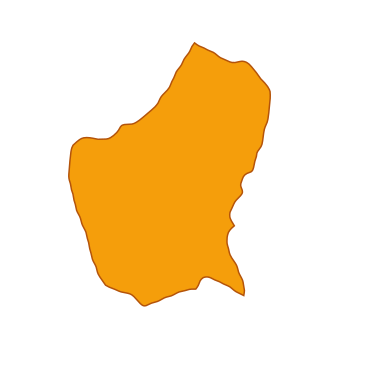 the district of Cristobal, Independencia, Dominican Republic, rotated 50°
{"feature_id": "3306468B18266835565764", "entity_name": "Cristobal", "entity_type": "district", "adm_level": 2, "iso_a3": "DOM", "parent_name": "Dominican Republic", "parent_adm1": "Independencia", "projection": "mercator", "projection_center": [-71.278, 18.34], "detail": "fine", "context": "isolated", "style": "filled", "palette": "amber", "viewbox_px": 384, "rotation_deg": 50, "n_neighbors": 0, "source": "geoboundaries", "source_scale": "gbopen_adm2", "svg_char_len": 2715}
<svg xmlns="http://www.w3.org/2000/svg" viewBox="0 0 384 384"><g transform="rotate(50 192 192)"><path d="M79.4,94.2L80.5,98.5L82.7,103.1L83.4,105.1L84.6,110.6L85.2,112.7L87.8,118.3L88.4,120.4L89.3,124.8L89.9,126.9L92.8,132.4L94.5,136.5L96.4,140.1L97.3,142.0L98.1,145.3L98.8,152.1L99.2,154.3L99.9,156.3L102.1,161.0L102.6,163.2L103.0,165.6L103.2,170.4L103.3,181.4L103.2,186.3L102.8,189.9L102.3,192.2L101.4,194.3L96.9,200.4L96.1,202.2L95.9,203.2L96.1,204.9L97.4,208.4L98.1,211.5L98.3,216.0L98.0,219.4L97.4,221.6L96.3,223.7L91.2,230.1L87.2,233.3L84.8,235.4L82.6,237.7L80.8,240.3L80.0,242.3L79.6,244.6L79.5,247.9L79.7,253.0L80.9,255.6L82.1,257.3L83.5,259.0L89.6,265.4L99.1,274.8L100.8,276.3L102.5,277.5L104.2,278.4L107.5,279.8L112.9,282.9L117.0,284.5L122.4,287.6L126.4,289.3L131.9,292.2L134.0,292.8L138.4,293.7L140.5,294.4L145.2,296.6L147.2,297.3L152.6,298.5L154.7,299.1L160.3,302.0L164.3,303.7L169.7,306.8L173.7,308.6L179.3,311.4L181.4,312.1L185.7,313.0L187.8,313.6L192.5,315.9L194.5,316.6L197.9,317.2L207.8,318.1L211.6,316.6L217.1,313.6L221.0,311.7L223.0,310.5L228.4,306.2L230.4,304.9L231.4,304.5L232.6,304.1L234.9,303.7L244.4,303.3L246.5,302.9L247.5,302.5L248.4,301.9L249.0,301.1L249.5,300.3L251.1,294.5L253.6,288.9L254.2,286.8L255.3,281.3L256.0,279.3L258.2,274.7L258.8,272.5L259.7,268.2L260.3,266.1L263.1,260.6L264.9,256.6L266.1,254.8L268.8,251.5L268.3,249.4L267.6,247.3L265.3,242.9L264.8,240.9L264.8,238.7L265.1,237.6L266.1,235.8L267.5,234.3L269.1,233.2L270.1,232.7L273.9,231.1L278.5,228.6L282.6,227.0L287.2,224.7L289.2,223.9L294.7,222.9L296.8,222.3L304.6,218.9L302.5,216.5L301.1,215.1L294.0,210.9L292.1,210.0L289.9,209.4L285.6,208.5L283.5,207.9L278.8,205.7L276.7,205.0L274.5,204.6L267.8,203.9L264.5,203.2L262.5,202.4L258.9,200.5L255.9,199.2L253.8,198.1L252.0,196.7L249.4,194.3L247.9,192.5L246.6,190.5L246.1,189.4L245.5,187.2L245.2,185.0L245.1,181.3L239.4,180.4L237.2,179.8L236.1,179.4L235.2,178.9L233.5,177.6L232.1,176.1L231.6,175.2L229.8,171.3L228.0,167.6L227.2,165.6L226.7,163.5L226.0,157.0L225.5,155.0L225.1,154.2L224.5,153.4L223.0,152.4L219.6,151.2L218.1,150.4L216.8,149.0L214.3,144.8L213.4,143.0L212.9,141.0L212.9,140.0L213.1,138.0L214.5,133.8L214.5,133.0L214.4,132.0L214.0,131.0L212.9,129.2L208.8,124.0L206.2,119.9L203.9,117.3L203.1,115.6L201.8,110.6L201.4,109.6L200.4,107.7L198.2,105.0L192.7,99.0L190.5,96.3L189.3,94.4L186.8,89.5L184.8,86.8L180.8,82.4L170.7,72.1L168.1,69.8L165.3,67.7L163.2,66.9L159.8,66.3L155.2,66.2L149.5,66.6L141.8,66.0L134.3,65.9L130.7,66.1L128.4,66.7L127.3,67.1L125.5,68.2L124.0,69.6L122.9,71.3L120.5,75.8L118.5,78.1L116.8,79.3L107.4,83.9L105.3,84.5L100.9,85.3L98.8,85.9L93.3,88.7L89.3,90.3L84.7,92.7L82.7,93.4L79.4,94.2Z" fill="#f59e0b" stroke="#b45309" stroke-width="1.5"/></g></svg>